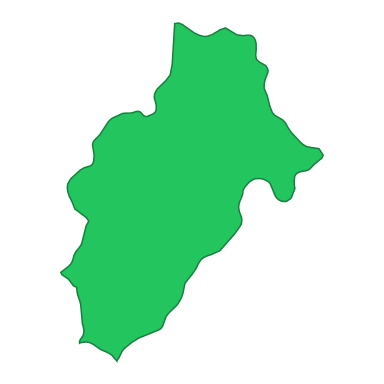 an SVG outline of Moquegua
{"feature_id": "PER-574", "entity_name": "Moquegua", "entity_type": "Department", "adm_level": 1, "iso_a3": "PER", "parent_name": "Peru", "parent_adm1": "", "projection": "orthographic", "projection_center": [-70.819, -16.889], "detail": "fine", "context": "isolated", "style": "filled", "palette": "green", "viewbox_px": 384, "rotation_deg": 0, "n_neighbors": 0, "source": "natural_earth", "source_scale": "10m", "svg_char_len": 2659}
<svg xmlns="http://www.w3.org/2000/svg" viewBox="0 0 384 384"><path d="M116.8,361.0L111.8,355.2L109.0,353.2L100.4,349.4L93.8,344.7L90.0,342.7L86.3,341.9L80.4,342.7L79.6,343.2L79.5,341.2L80.6,339.1L83.2,335.4L84.0,331.1L83.4,327.4L82.4,323.6L80.7,304.8L79.9,301.3L77.4,293.9L76.6,287.6L75.9,286.8L74.7,286.5L73.3,285.6L68.5,279.2L62.1,274.8L61.7,274.2L60.8,272.3L67.4,267.3L70.5,264.4L72.4,261.2L74.0,255.3L75.9,251.7L80.7,245.6L81.4,244.2L82.0,242.5L86.1,225.9L87.0,224.2L87.9,222.7L88.7,221.2L87.4,219.0L85.9,217.3L74.9,209.0L72.5,202.8L69.1,195.9L67.9,191.9L67.3,187.9L67.4,186.0L67.8,183.8L69.7,180.4L71.2,178.3L80.3,170.0L84.3,167.7L90.3,165.9L91.9,164.8L93.0,163.3L93.6,161.0L94.1,155.5L93.9,153.4L92.5,144.9L92.9,142.7L94.1,140.6L99.8,134.8L108.1,122.0L111.1,119.0L113.2,117.7L122.2,113.6L124.0,113.2L130.1,113.1L132.2,112.8L136.0,111.6L137.9,111.3L139.7,111.7L141.1,112.7L143.5,115.4L144.9,116.3L146.3,116.6L147.4,116.3L153.6,113.7L155.1,112.2L156.1,110.3L156.3,106.6L156.0,104.2L154.4,98.1L154.3,96.5L154.5,94.8L155.1,92.7L156.4,90.3L157.7,88.5L165.6,80.8L170.2,75.0L172.2,64.3L174.7,23.6L178.7,23.0L182.5,24.6L184.1,25.7L184.5,26.1L194.7,33.2L199.2,35.2L204.0,36.5L207.2,36.3L212.7,34.4L215.0,32.8L217.8,31.3L219.7,29.9L225.4,27.9L236.9,34.8L243.6,35.7L246.5,35.2L250.0,35.2L252.6,36.3L254.5,38.5L255.6,41.0L256.1,43.8L256.2,49.5L255.7,55.6L256.5,59.3L258.8,61.7L265.8,65.7L267.3,68.2L268.1,70.6L267.8,72.6L265.3,79.2L264.3,83.3L264.1,86.9L264.2,88.5L267.1,95.4L270.0,106.6L272.4,112.7L274.8,115.3L282.5,119.8L284.2,121.5L285.6,123.1L288.0,127.6L291.2,132.3L300.2,142.0L303.2,144.6L305.8,146.2L307.7,146.9L319.0,148.7L323.2,155.1L321.8,158.2L314.7,163.9L310.0,168.8L308.2,170.0L306.1,170.7L300.8,171.6L298.9,172.3L296.7,173.5L295.2,175.3L294.6,176.9L294.2,181.9L294.2,183.4L294.5,186.1L294.9,188.6L291.0,198.4L286.3,201.5L283.7,201.5L281.0,201.0L278.5,199.7L276.6,197.9L275.1,195.6L270.7,184.8L269.2,182.4L267.4,181.1L263.2,179.1L259.8,178.6L256.4,178.6L253.7,179.2L249.3,182.0L245.2,186.6L244.0,188.5L243.0,190.7L242.8,193.2L242.2,195.7L240.0,200.9L239.1,203.8L238.6,207.6L239.5,212.1L239.7,212.6L239.8,212.9L241.3,216.6L241.8,219.0L241.7,221.5L241.4,224.0L239.6,227.0L234.3,234.3L219.9,250.7L211.1,254.6L207.1,255.9L203.9,257.4L201.4,259.3L200.1,260.9L198.1,264.2L196.3,268.1L193.1,273.1L185.5,282.6L184.7,284.4L183.0,293.1L182.2,295.6L181.1,298.4L178.9,302.3L177.5,304.4L176.4,305.7L169.2,312.6L167.3,314.9L165.9,317.0L162.7,326.0L161.5,327.9L160.2,329.2L157.2,330.6L154.9,331.5L139.1,337.9L132.1,342.2L125.6,347.4L123.8,349.1L122.7,350.5L121.7,352.1L118.9,357.8L116.8,360.9L116.8,361.0Z" fill="#22c55e" stroke="#15803d" stroke-width="1.5"/></svg>